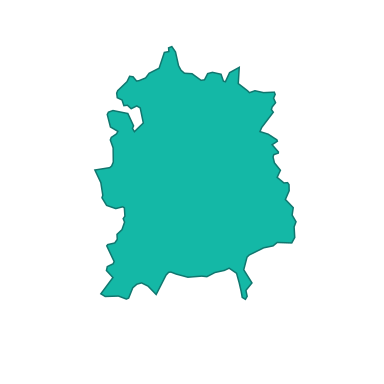 an SVG outline of Cambridgeshire, rotated 207°
{"feature_id": "GBR-2053", "entity_name": "Cambridgeshire", "entity_type": "Administrative County", "adm_level": 1, "iso_a3": "GBR", "parent_name": "United Kingdom", "parent_adm1": "", "projection": "mercator", "projection_center": [0.071, 52.364], "detail": "fine", "context": "isolated", "style": "filled", "palette": "teal", "viewbox_px": 384, "rotation_deg": 207, "n_neighbors": 0, "source": "natural_earth", "source_scale": "10m", "svg_char_len": 1894}
<svg xmlns="http://www.w3.org/2000/svg" viewBox="0 0 384 384"><g transform="rotate(207 192 192)"><path d="M164.0,318.3L162.2,316.7L161.9,312.6L158.1,309.5L159.2,304.0L158.6,301.4L155.8,300.0L159.2,281.2L158.9,276.7L150.4,278.1L140.0,277.0L139.0,276.0L142.1,270.5L133.2,266.9L132.8,265.8L136.1,262.4L135.7,260.0L131.8,255.4L123.1,251.5L122.8,243.7L114.2,241.8L111.1,243.7L108.9,242.6L106.0,237.2L105.4,227.7L94.7,224.0L92.3,216.9L85.8,212.7L85.2,207.3L79.8,198.1L80.0,191.9L93.2,185.7L95.3,180.8L102.8,174.8L112.4,161.9L113.4,158.9L110.6,146.2L97.3,138.2L99.3,128.8L95.5,124.1L95.7,120.6L99.4,120.9L103.1,125.8L108.7,132.5L115.4,139.8L124.3,141.0L127.6,136.8L135.0,130.7L140.3,123.3L145.1,121.5L157.0,114.2L168.8,111.7L174.4,111.1L176.3,109.9L177.4,106.2L177.4,98.9L177.4,84.4L188.5,88.2L195.7,88.1L199.2,84.9L201.3,79.8L200.3,68.7L201.9,66.8L210.3,65.9L221.9,59.5L227.0,59.9L223.6,79.9L232.6,83.2L233.6,87.1L229.7,92.2L229.8,94.7L243.5,105.3L243.2,106.9L237.7,111.5L237.1,115.9L239.6,120.2L237.3,126.6L238.4,134.6L241.2,137.0L240.8,140.0L245.1,147.2L247.1,147.3L252.4,142.6L262.0,141.3L269.6,146.0L270.0,148.6L277.5,159.0L288.5,167.5L276.4,176.3L275.4,178.6L275.7,182.9L282.3,195.5L288.4,201.3L288.7,204.0L285.6,209.6L285.6,212.4L294.2,212.9L302.7,222.6L302.7,225.2L299.4,228.7L284.8,232.8L274.1,224.4L273.9,221.6L270.7,219.6L266.7,231.4L276.3,243.4L280.3,243.6L284.0,238.6L288.9,240.0L291.9,238.0L296.1,242.2L301.4,242.1L304.0,245.9L304.2,248.6L300.0,260.8L300.1,266.8L296.8,267.9L291.8,265.7L289.8,267.1L285.1,272.6L284.1,278.3L277.5,287.4L280.0,303.8L276.4,306.6L278.3,309.8L276.0,312.4L270.3,309.3L261.3,298.4L257.1,295.5L252.6,294.4L245.7,297.4L234.7,295.6L231.8,297.6L231.8,304.6L228.1,307.9L219.6,310.1L214.3,305.0L212.3,305.4L212.7,315.4L206.5,324.5L200.0,309.6L188.5,307.4L185.9,306.6L181.9,310.8L173.4,313.0L164.0,318.3Z" fill="#14b8a6" stroke="#0f766e" stroke-width="1.5"/></g></svg>